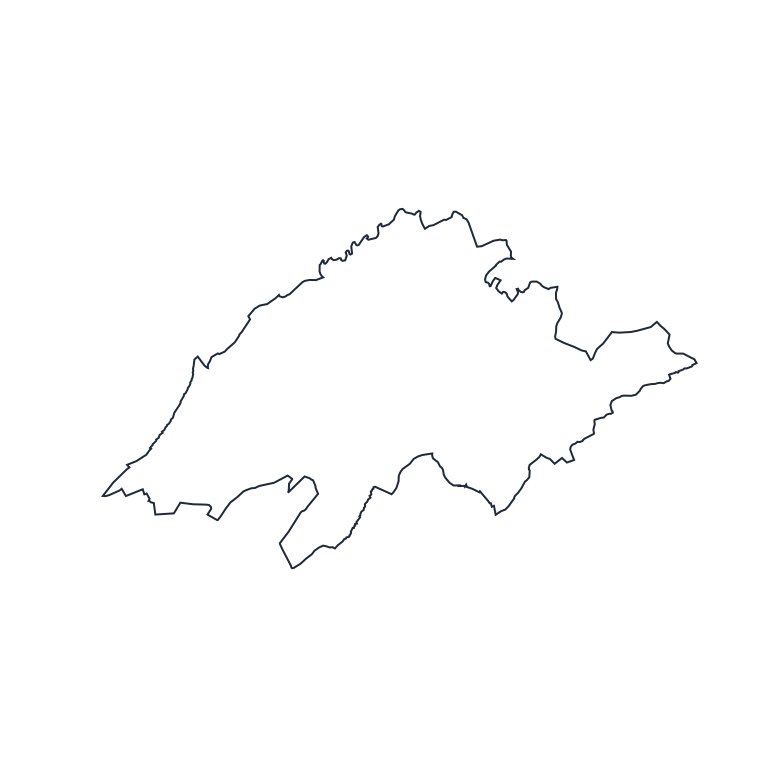 outline of Halmasd, Salaj, Romania, rotated 161°
{"feature_id": "2599482B57366951483701", "entity_name": "Halmasd", "entity_type": "district", "adm_level": 2, "iso_a3": "ROU", "parent_name": "Romania", "parent_adm1": "Salaj", "projection": "equal_earth", "projection_center": [22.598, 47.158], "detail": "fine", "context": "isolated", "style": "outline", "palette": "slate", "viewbox_px": 768, "rotation_deg": 161, "n_neighbors": 0, "source": "geoboundaries", "source_scale": "gbopen_adm2", "svg_char_len": 6142}
<svg xmlns="http://www.w3.org/2000/svg" viewBox="0 0 768 768"><g transform="rotate(161 384 384)"><path d="M672.0,379.0L686.3,369.7L683.7,368.6L680.1,368.4L668.7,369.4L666.2,370.3L664.5,362.1L646.4,363.0L646.5,357.7L644.1,357.7L643.0,351.8L644.7,350.1L643.7,349.6L643.0,348.1L640.4,346.4L642.7,335.0L624.8,330.1L615.2,338.1L603.8,332.5L591.6,327.9L588.9,326.6L587.7,324.3L587.8,323.0L588.1,322.2L593.4,318.0L586.2,309.8L585.4,309.5L581.7,311.9L574.1,317.8L567.6,322.1L559.3,324.9L551.9,328.2L548.9,328.5L543.4,328.6L539.9,327.7L535.1,328.2L520.1,326.4L504.9,328.8L501.7,324.2L501.9,323.7L506.2,320.7L508.7,314.4L510.1,312.5L489.2,322.4L485.0,319.1L483.8,317.3L482.4,316.0L482.0,309.6L482.4,308.8L482.5,307.5L482.1,301.6L496.4,292.8L497.9,291.5L500.4,290.3L503.3,290.3L504.8,289.5L522.4,275.3L534.3,267.4L534.5,266.7L533.9,260.8L531.2,242.6L531.3,240.5L530.7,239.7L529.2,239.5L521.2,241.3L514.9,244.1L507.7,246.5L504.0,249.0L498.3,250.6L494.2,251.0L491.6,249.5L488.5,247.1L485.8,246.5L483.9,244.5L480.3,246.5L474.4,248.6L472.1,250.3L470.4,250.3L469.5,251.2L467.0,250.8L466.3,251.3L466.0,252.1L465.1,252.4L463.6,253.9L463.6,254.9L460.4,258.2L459.4,257.6L458.2,259.4L457.4,259.4L457.2,260.9L456.8,261.2L455.0,260.8L455.0,262.4L450.0,265.8L450.3,266.9L449.1,267.5L448.7,268.8L446.9,270.7L444.2,271.5L443.3,273.5L442.6,273.6L441.5,274.8L441.4,276.1L440.7,277.1L438.3,278.0L436.6,280.0L433.8,280.9L434.1,282.9L432.0,283.6L431.4,286.7L430.2,287.0L429.2,288.4L428.0,288.4L427.5,289.9L425.9,289.8L412.7,277.3L409.9,278.8L406.0,281.8L401.9,287.3L399.9,292.4L397.0,295.5L394.2,297.5L385.4,300.2L380.3,303.5L375.6,304.4L371.0,304.4L361.0,302.6L361.6,301.3L361.9,299.3L361.7,297.4L358.5,292.6L357.9,288.0L356.5,285.6L356.2,283.6L357.0,278.8L356.5,275.4L354.1,269.2L351.3,265.4L345.7,263.6L346.3,263.1L341.5,261.6L341.1,260.4L339.1,262.1L339.1,259.6L334.9,256.4L329.0,250.5L328.2,251.3L323.4,238.9L322.9,236.8L321.8,236.4L322.0,232.8L319.7,233.0L321.0,224.0L314.9,225.6L310.2,225.8L306.1,227.8L298.1,233.5L297.7,234.5L296.3,235.7L292.9,237.3L288.4,240.4L282.5,245.8L280.2,246.6L277.0,248.5L274.4,254.7L274.8,256.0L274.5,256.3L274.4,257.6L272.6,260.1L264.1,263.0L260.6,264.6L258.7,266.5L254.1,261.1L251.6,259.2L248.6,253.0L239.8,256.1L236.6,250.2L229.0,250.3L229.3,260.9L229.0,262.1L227.7,264.0L225.4,265.3L222.3,265.4L220.0,266.4L217.7,265.4L214.8,265.5L213.9,266.3L212.2,267.0L201.9,268.5L201.5,269.0L200.9,272.7L197.8,277.4L197.1,280.6L196.4,281.6L189.4,281.3L187.1,280.7L183.5,282.6L180.1,282.4L179.3,281.9L177.0,282.4L176.8,284.0L177.4,284.5L176.8,290.4L174.1,293.7L168.9,295.0L165.4,294.8L163.2,295.3L161.2,295.0L153.9,292.3L149.3,291.9L144.4,294.3L143.1,295.6L139.7,297.7L137.7,297.8L131.7,297.0L128.0,295.9L124.4,295.7L121.8,295.0L119.9,293.9L118.7,293.8L116.0,294.5L113.9,294.2L111.4,295.7L111.5,300.0L111.1,300.1L105.5,299.8L104.2,300.3L102.4,299.0L101.4,299.6L101.3,300.2L96.8,300.2L94.8,300.9L92.8,300.2L87.5,300.3L86.5,300.8L86.3,301.5L81.7,302.0L82.4,306.2L91.2,315.3L97.2,317.4L98.6,318.3L101.0,322.0L102.1,326.1L102.5,329.9L97.9,337.7L101.0,344.7L103.5,348.8L105.8,353.9L113.2,351.0L127.1,351.9L133.7,352.8L144.7,355.9L151.6,358.9L163.4,351.0L170.9,347.9L174.0,345.0L178.3,340.0L180.9,339.3L182.5,349.1L186.1,351.3L191.6,356.7L200.5,364.3L207.1,370.9L206.8,373.1L204.2,377.6L202.4,382.4L200.5,384.9L195.3,389.3L193.0,392.5L192.7,393.3L193.2,399.0L193.0,404.6L193.6,408.5L191.7,414.3L189.6,417.0L188.4,419.5L195.5,420.7L197.4,420.1L201.4,423.6L202.9,425.8L203.6,427.9L206.2,431.1L210.9,432.7L212.8,432.4L216.3,428.0L220.7,426.8L221.5,425.6L223.1,425.5L224.7,426.6L226.2,429.1L226.2,430.4L227.6,430.6L227.4,427.1L228.3,425.4L234.3,421.2L236.3,420.5L238.8,426.6L238.6,429.6L239.2,430.6L240.3,431.9L241.4,432.3L243.2,431.1L245.4,434.3L246.7,438.2L244.6,440.7L240.0,444.1L244.3,448.1L247.6,445.8L251.4,441.8L252.2,442.0L252.0,444.6L252.8,446.1L254.7,447.2L254.4,450.0L252.2,453.3L248.3,456.0L239.5,459.6L239.0,460.3L234.9,462.1L233.6,461.5L229.8,462.7L227.1,462.7L221.2,460.3L222.5,462.3L222.3,464.0L220.8,467.8L222.5,475.5L221.5,479.7L221.8,480.4L225.1,481.3L227.2,482.7L233.6,483.8L246.8,482.5L251.3,483.5L251.5,509.1L252.3,512.9L254.8,515.2L255.2,518.1L259.9,523.5L262.0,524.2L264.3,522.0L265.7,519.8L271.9,518.9L273.8,519.8L285.6,518.1L289.6,518.7L294.8,517.5L295.7,523.5L295.7,527.4L295.3,530.8L293.4,534.8L294.6,536.4L297.7,535.5L299.9,534.1L300.4,534.3L302.4,536.2L307.2,539.0L307.9,539.8L308.3,541.4L309.4,543.5L312.0,544.0L313.8,543.5L317.6,540.4L319.5,538.6L321.1,536.2L327.5,533.4L333.7,533.3L334.7,533.9L334.4,536.2L334.7,536.6L336.9,535.8L338.9,534.4L340.0,528.6L340.8,527.3L341.7,526.0L344.1,524.7L351.8,525.5L352.9,527.2L351.1,528.2L351.4,529.9L351.9,530.3L355.1,529.4L362.6,523.7L364.0,523.7L364.9,524.4L365.6,527.8L367.4,527.9L370.2,524.7L371.7,517.7L373.6,517.3L374.3,518.2L374.0,521.1L374.5,521.8L375.6,522.1L377.4,520.8L377.4,517.5L380.4,513.6L383.1,513.9L384.1,515.3L384.0,516.9L385.7,517.6L388.4,517.0L391.1,517.4L392.6,519.1L392.8,520.5L395.8,520.0L398.0,518.0L400.2,516.8L401.2,517.3L401.4,518.6L400.8,520.2L401.1,520.7L402.0,520.8L405.0,517.9L406.1,517.4L408.3,511.3L408.3,508.5L407.6,506.0L406.8,504.6L414.6,504.4L420.4,506.6L425.2,507.3L428.1,506.8L444.1,499.6L446.5,499.5L448.7,498.8L451.6,499.0L454.2,500.9L454.3,502.4L458.4,500.5L468.4,497.6L475.8,498.6L481.8,497.3L490.2,492.3L489.6,488.7L501.8,479.3L504.6,477.9L504.8,477.3L505.7,476.4L511.5,472.0L521.3,468.0L523.9,466.5L529.9,465.9L531.2,467.0L538.3,465.6L541.3,462.1L543.8,460.1L545.1,457.5L545.2,456.4L545.9,456.9L547.7,459.8L551.2,470.6L555.3,468.8L558.1,463.0L559.5,460.9L560.2,458.2L561.1,457.3L561.2,455.5L563.4,451.8L564.3,451.2L564.8,449.9L566.7,448.6L566.9,447.5L568.6,445.5L570.4,444.4L571.6,442.7L574.7,439.8L576.5,439.4L577.1,437.9L582.1,433.6L582.4,432.5L584.0,430.9L591.7,425.0L594.5,420.9L597.1,419.7L597.7,418.5L600.3,416.5L602.5,415.8L603.0,414.9L604.6,414.2L606.6,412.1L609.5,411.1L609.2,409.9L612.7,408.9L614.5,406.5L617.6,405.6L617.7,404.8L618.1,404.3L622.3,402.4L622.8,401.5L626.1,399.7L625.3,398.6L627.6,397.5L631.7,394.5L643.1,391.7L653.2,391.2L651.9,388.0L654.9,387.1L672.0,379.0Z" fill="none" stroke="#1e293b" stroke-width="2"/></g></svg>